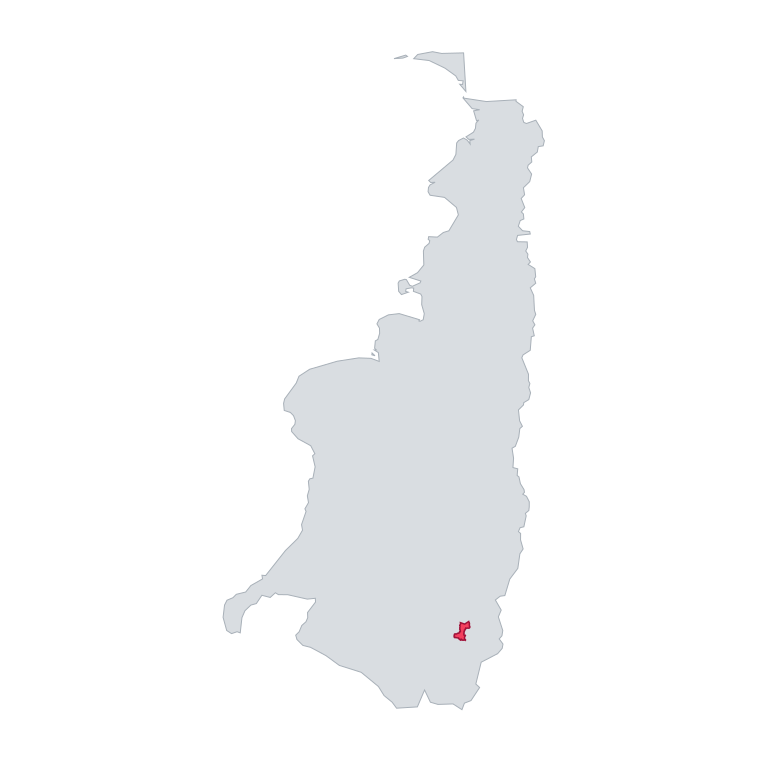 Molinos, Salta, Argentina shown in context, rotated 177°
{"feature_id": "61730980B63550758975873", "entity_name": "Molinos", "entity_type": "district", "adm_level": 2, "iso_a3": "ARG", "parent_name": "Argentina", "parent_adm1": "Salta", "projection": "albers", "projection_center": [-66.4, -25.575], "detail": "fine", "context": "in_parent", "style": "filled", "palette": "rose", "viewbox_px": 768, "rotation_deg": 177, "n_neighbors": 0, "source": "geoboundaries", "source_scale": "gbopen_adm2", "svg_char_len": 6713}
<svg xmlns="http://www.w3.org/2000/svg" viewBox="0 0 768 768"><g transform="rotate(177 384 384)"><path d="M478.2,234.3L473.0,242.3L473.7,247.9L468.5,260.8L469.5,263.5L465.6,269.5L466.4,276.3L464.2,282.7L464.6,290.9L463.0,293.2L459.9,293.7L457.1,304.9L459.1,316.0L456.7,318.0L460.4,326.2L472.7,333.8L478.7,341.3L478.7,344.3L475.1,348.4L474.4,352.0L476.0,357.1L479.0,360.5L485.0,362.8L485.3,369.9L484.0,374.3L471.6,389.5L468.5,396.2L457.5,402.6L429.5,409.2L407.9,411.4L395.7,410.3L387.6,406.8L388.0,415.7L392.0,418.5L389.9,418.5L391.5,420.2L390.4,427.5L387.8,428.8L385.7,434.8L385.6,440.1L387.9,444.4L385.4,448.7L376.0,452.8L365.1,453.5L345.1,446.3L345.9,445.2L344.8,444.7L341.5,446.1L340.1,452.1L342.2,461.3L341.5,469.3L342.6,471.9L349.8,475.0L349.3,478.2L351.7,478.6L356.9,477.9L357.6,475.4L354.9,474.4L361.9,472.4L364.5,475.8L364.6,484.0L363.3,486.1L357.8,487.5L356.2,487.1L353.2,481.3L350.6,480.1L342.7,483.1L341.8,484.9L353.2,489.2L344.7,493.4L338.0,500.8L337.7,514.7L336.2,518.5L331.6,522.1L330.8,524.7L332.3,526.2L331.7,528.8L323.0,527.9L316.8,532.2L311.2,533.6L300.9,549.0L302.4,556.5L313.8,567.2L328.1,570.1L329.9,573.7L329.3,577.9L327.6,580.4L322.4,582.8L326.8,582.8L328.7,584.9L303.4,604.0L300.2,609.5L298.8,620.9L296.8,623.2L291.7,625.5L288.2,623.2L285.4,619.1L285.6,622.5L280.8,623.8L286.5,623.8L289.2,626.5L281.5,630.8L279.3,634.5L278.5,639.7L275.5,642.7L277.8,642.0L280.2,652.1L274.1,652.9L281.6,654.4L290.2,665.6L289.5,666.5L289.3,665.3L267.0,660.7L237.2,660.9L237.4,659.4L230.4,653.6L231.8,649.1L230.5,645.5L231.8,642.0L230.7,637.9L228.1,636.7L218.6,639.5L212.8,628.5L212.9,622.4L211.1,618.6L212.6,613.5L217.5,613.0L218.8,607.6L225.0,603.1L224.8,598.0L228.6,595.0L229.4,592.3L225.6,585.9L227.9,578.5L234.5,572.7L233.7,565.6L237.3,562.1L234.2,552.8L237.8,548.6L235.9,546.5L235.7,541.5L239.4,540.1L241.6,534.5L237.6,529.8L230.5,528.6L230.1,526.1L242.8,525.4L244.2,521.4L243.3,519.1L233.6,518.4L233.5,513.0L235.5,509.4L233.5,506.1L234.1,502.8L231.4,498.2L233.8,495.9L227.3,491.3L226.9,483.2L228.3,481.1L227.2,476.7L232.9,472.4L229.9,464.7L229.9,449.6L228.8,445.6L232.2,439.3L230.2,435.2L232.7,432.0L231.4,424.3L234.4,423.5L236.2,410.0L243.6,405.8L245.0,403.0L239.2,386.2L239.6,379.7L238.3,376.8L239.6,373.0L238.1,367.5L240.2,360.9L245.4,358.1L245.8,355.8L251.1,351.1L250.5,340.1L248.0,334.5L250.7,332.4L252.2,323.9L256.1,314.9L259.5,313.2L258.5,303.1L259.6,293.8L254.9,292.3L255.8,285.7L254.1,284.2L253.0,277.3L249.7,271.2L249.4,268.5L251.2,266.7L247.6,264.4L245.1,258.8L245.4,253.6L246.0,250.1L249.6,247.4L248.9,244.9L251.8,234.1L255.6,233.4L257.5,229.6L255.4,227.6L255.8,221.2L253.7,212.0L257.2,207.3L260.0,192.9L268.6,182.6L274.4,166.4L279.1,166.0L284.1,162.5L278.8,152.1L282.0,145.5L278.3,131.6L279.4,126.4L282.3,123.4L278.8,118.1L279.8,113.8L284.6,108.8L301.5,101.1L308.0,79.6L304.4,75.9L313.7,63.3L320.4,61.1L323.2,54.7L331.8,60.9L346.9,61.2L354.3,63.8L359.5,76.3L367.6,59.8L388.4,59.6L392.5,65.8L400.2,72.8L405.4,82.2L421.9,97.3L443.3,105.3L456.2,115.8L471.2,124.9L478.7,127.2L484.3,133.4L485.3,137.8L481.7,141.0L478.7,147.2L474.4,150.6L472.4,154.6L472.3,159.8L463.8,169.8L463.8,173.6L471.9,173.2L491.1,178.6L500.5,179.2L503.4,181.2L508.8,176.8L517.0,179.4L523.0,171.4L528.5,170.2L534.7,164.9L538.1,158.1L540.6,143.0L543.7,144.3L549.3,142.7L554.0,146.1L556.9,159.4L554.8,171.6L552.1,176.3L546.0,178.5L542.5,181.7L533.0,183.5L527.5,189.7L515.5,195.7L515.9,199.4L512.2,198.9L491.2,222.8L478.2,234.3ZM287.2,710.5L286.9,671.8L292.7,679.4L289.9,679.0L289.1,682.6L293.9,683.3L296.2,687.9L306.7,696.3L322.1,704.7L337.3,707.3L333.1,711.3L318.1,713.3L309.2,711.1L287.2,710.5ZM343.4,709.9L348.0,708.5L357.0,708.4L345.1,711.3L343.4,709.9ZM394.6,413.8L394.3,415.6L391.5,412.7L394.6,413.8Z" fill="#d9dde1" stroke="#a8b0b8" stroke-width="1"/><path d="M326.9,127.3L326.8,127.2L326.7,127.3L326.4,127.3L326.4,127.2L325.5,126.9L325.1,126.9L323.3,126.5L323.1,126.5L322.9,126.5L322.8,126.4L322.8,126.2L322.7,126.2L322.6,125.9L322.6,125.7L322.4,125.4L322.1,125.2L321.9,124.9L321.6,124.9L321.4,124.8L321.3,124.7L321.2,124.6L321.0,124.2L320.5,124.3L320.5,124.5L320.6,124.8L320.6,125.0L320.4,125.0L320.2,125.1L320.0,124.9L319.9,124.9L319.8,124.7L319.7,124.6L319.5,124.3L319.5,124.2L319.3,124.1L319.2,124.1L318.8,124.2L318.7,124.2L318.4,124.0L318.2,124.0L317.9,124.0L317.7,124.1L317.4,124.2L317.1,124.1L316.9,124.1L316.7,124.0L316.5,123.9L316.5,124.0L316.4,123.9L316.1,123.9L316.0,124.0L316.0,124.3L316.1,124.5L316.3,124.7L316.5,124.7L316.7,124.8L316.8,124.8L317.0,125.0L316.9,125.3L316.9,125.6L316.9,125.8L316.8,126.2L316.9,126.6L316.8,127.0L316.7,127.4L316.6,127.5L316.4,127.7L316.3,127.8L316.2,127.9L316.2,128.3L316.0,128.5L315.9,128.6L316.1,128.9L316.4,128.9L316.5,128.9L316.8,128.8L317.0,128.9L317.2,129.0L317.2,129.3L317.2,129.5L317.3,129.6L317.3,129.8L317.4,130.0L317.4,130.3L317.4,130.5L317.2,130.7L317.1,130.8L317.2,131.2L317.2,131.4L317.2,131.6L317.1,131.9L317.0,132.0L317.1,132.3L317.0,132.5L316.9,132.7L316.8,132.8L316.7,132.8L316.6,133.0L316.5,133.4L316.5,133.5L316.6,133.8L316.6,134.0L316.4,134.2L316.1,134.2L315.9,134.2L315.8,134.3L315.7,134.4L315.6,134.6L315.4,134.9L315.3,135.0L315.3,135.3L315.2,135.4L315.3,135.5L315.1,135.6L315.0,135.9L315.0,136.0L314.2,135.8L313.6,135.8L313.1,135.9L312.9,135.9L312.7,135.8L312.4,135.7L312.1,135.7L311.9,135.7L311.8,135.8L311.7,135.8L311.4,136.0L311.2,136.2L311.2,136.3L311.1,136.5L310.9,136.9L310.9,137.0L311.1,137.2L311.1,137.3L311.3,137.5L311.3,137.8L311.3,138.4L311.3,138.5L311.3,138.9L311.3,139.0L311.4,139.5L311.3,139.8L311.3,140.1L311.2,140.2L311.2,140.3L311.3,140.5L311.3,140.8L311.3,141.0L311.4,141.3L311.4,141.5L311.5,141.6L311.7,141.8L311.8,142.0L312.0,142.2L312.0,142.3L316.0,140.0L320.2,141.7L320.2,141.4L320.1,141.0L320.0,140.9L320.0,140.6L320.2,140.4L320.3,140.2L320.4,139.7L320.5,139.5L320.8,139.4L320.9,139.2L321.0,139.0L321.0,138.9L321.0,138.7L320.9,138.6L320.8,138.3L320.7,138.2L320.7,137.9L320.7,137.7L320.8,137.3L320.9,137.1L321.0,136.9L321.1,136.6L321.1,136.3L321.0,136.2L321.1,135.9L321.0,135.7L321.0,135.4L321.1,135.1L321.2,134.9L321.1,134.7L320.8,134.5L320.8,134.4L320.8,133.9L320.8,133.7L320.7,133.7L320.7,133.4L320.7,133.1L320.7,132.9L320.8,132.9L321.0,132.9L321.3,132.9L321.5,132.7L321.6,132.3L321.6,132.2L321.5,131.8L321.6,131.7L321.8,131.6L322.0,131.5L322.2,131.4L322.5,131.4L322.6,131.2L322.8,131.2L323.1,131.3L323.5,131.2L323.8,131.1L324.1,130.9L324.3,130.7L324.6,130.6L324.8,130.6L325.0,130.6L325.3,130.6L325.5,130.7L325.8,130.7L326.0,130.7L326.4,130.6L326.6,130.6L326.7,130.3L326.8,130.1L326.7,130.1L326.8,130.0L326.8,129.8L326.9,129.6L326.9,129.3L327.0,129.2L327.1,128.9L327.2,128.5L327.2,128.3L327.2,128.1L327.2,127.8L327.1,127.6L327.0,127.4L326.9,127.4L326.9,127.3Z" fill="#f43f5e" stroke="#9f1239" stroke-width="1.5"/></g></svg>